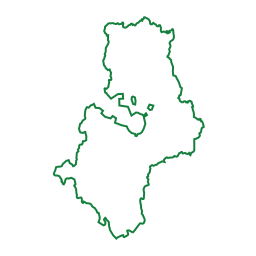 Moskovskaya, Robinson projection, rotated 88°
{"feature_id": "RUS-2364", "entity_name": "Moskovskaya", "entity_type": "Region", "adm_level": 1, "iso_a3": "RUS", "parent_name": "Russia", "parent_adm1": "", "projection": "robinson", "projection_center": [37.527, 55.599], "detail": "fine", "context": "isolated", "style": "outline", "palette": "green", "viewbox_px": 256, "rotation_deg": 88, "n_neighbors": 0, "source": "natural_earth", "source_scale": "10m", "svg_char_len": 5827}
<svg xmlns="http://www.w3.org/2000/svg" viewBox="0 0 256 256"><g transform="rotate(88 128 128)"><path d="M79.9,145.5L79.4,145.3L79.3,144.5L79.4,143.5L79.0,143.0L77.1,143.0L75.7,143.7L72.2,143.0L70.6,143.8L68.9,144.2L68.9,144.6L69.4,146.2L67.9,147.4L67.6,148.1L65.7,148.7L64.7,149.7L64.0,149.9L59.7,150.4L59.2,150.3L58.0,149.3L56.3,149.0L55.3,148.3L54.8,148.2L53.5,148.7L50.9,147.6L47.3,147.4L42.9,144.7L40.8,144.3L39.4,145.0L34.7,144.6L35.1,145.7L34.9,146.0L33.3,146.3L32.3,147.6L30.2,148.4L27.5,147.5L26.0,147.4L23.0,144.1L22.6,142.7L22.9,142.0L22.6,139.9L23.7,136.4L23.6,135.8L22.9,134.9L23.2,134.2L23.9,133.6L24.0,132.9L23.8,131.2L23.2,130.4L22.4,129.9L22.4,129.6L22.7,129.2L23.3,129.0L25.2,129.4L26.7,129.4L27.4,128.5L27.6,126.8L26.3,124.6L25.5,124.0L25.0,122.3L24.0,121.5L23.9,120.9L24.0,120.3L25.2,119.9L24.8,118.8L25.7,117.6L25.7,117.1L23.8,115.7L23.4,114.7L22.8,113.6L21.2,112.1L21.1,111.2L21.3,110.0L20.9,109.9L20.2,110.5L19.8,110.4L19.8,109.1L19.5,108.6L18.0,108.1L17.9,107.4L19.7,104.1L20.5,103.3L22.3,102.3L24.4,102.2L25.0,101.8L25.3,100.6L24.0,99.4L23.8,99.0L24.9,97.9L25.5,96.6L26.9,95.8L27.3,95.3L27.4,94.2L26.3,93.3L26.6,92.3L29.1,91.6L31.8,91.8L33.0,91.4L33.4,91.0L32.8,89.2L33.7,87.1L33.5,86.5L32.6,86.2L32.5,85.8L32.8,85.2L33.2,85.0L34.4,85.6L34.7,85.5L34.8,84.9L33.9,83.0L32.9,83.6L32.6,83.5L31.9,81.3L30.8,80.3L31.0,79.7L31.6,79.5L39.0,78.9L40.3,79.4L41.5,80.2L42.9,82.5L44.1,83.3L44.9,83.5L46.2,82.9L47.8,82.7L48.5,82.9L50.6,84.1L53.2,83.6L56.8,85.1L57.7,86.1L58.5,86.0L59.4,84.3L60.5,83.9L61.2,82.8L61.8,82.5L63.6,82.5L68.6,80.8L73.0,81.2L77.0,80.9L77.7,78.8L78.2,78.2L79.6,77.8L83.7,75.7L88.9,74.2L89.9,72.9L90.2,72.8L96.8,74.2L97.1,74.5L97.0,75.2L97.3,75.6L98.7,75.9L99.5,76.6L100.0,76.6L100.5,75.6L102.3,75.3L102.9,75.0L104.1,73.2L104.2,72.2L103.3,71.1L103.3,70.3L103.5,69.8L104.5,69.0L104.4,68.6L103.9,68.1L104.6,67.7L104.7,67.4L102.9,65.8L103.2,64.6L104.4,63.4L104.8,63.6L108.5,62.2L108.9,62.2L109.4,63.3L110.6,62.7L112.3,62.6L114.0,61.9L117.0,61.6L118.8,61.8L119.4,61.7L120.1,60.1L122.0,57.9L121.7,57.4L122.2,56.8L122.2,56.4L121.4,55.7L121.8,55.0L123.4,55.1L123.8,54.8L123.7,54.2L124.1,53.7L126.2,52.9L129.1,52.3L129.8,52.4L130.3,53.9L130.9,54.4L134.6,55.2L135.2,55.6L135.4,56.3L135.8,56.8L136.4,56.9L137.7,56.4L138.5,56.6L140.0,57.8L140.4,59.0L141.1,60.1L141.2,61.6L141.6,62.2L152.2,62.5L153.2,62.8L154.3,63.9L155.1,65.8L157.3,66.6L156.9,67.1L155.1,67.9L155.9,68.8L156.1,69.8L154.9,71.9L155.4,74.0L155.1,74.4L154.0,74.9L153.8,75.6L154.6,76.5L155.1,77.8L157.6,79.2L158.2,79.9L158.3,80.8L157.6,82.7L158.5,83.4L159.0,84.4L159.0,87.1L159.3,89.0L159.3,89.3L158.7,90.1L158.7,90.5L159.5,91.7L161.0,93.1L161.7,93.3L163.2,92.7L162.6,94.7L162.6,95.3L163.2,96.3L164.0,98.7L165.7,100.6L165.8,101.7L166.6,103.6L166.6,104.0L165.9,105.2L167.3,107.3L167.6,107.5L169.3,107.0L171.4,107.6L173.0,107.8L175.2,109.6L177.0,109.5L177.8,110.7L178.7,110.4L179.9,109.4L182.5,110.0L184.7,109.3L185.5,109.3L186.0,110.3L186.2,111.7L187.2,113.4L189.2,114.4L190.3,114.6L193.3,114.1L199.1,114.7L199.5,115.2L199.5,115.8L198.7,117.3L199.0,117.7L200.6,118.4L201.9,118.2L203.6,118.3L205.0,117.8L209.2,117.6L211.5,116.8L214.0,117.3L214.6,117.0L215.3,116.3L219.7,114.6L220.8,114.5L222.3,114.9L223.5,115.6L224.0,116.2L224.1,116.8L223.7,119.2L224.3,119.9L231.4,125.6L232.4,126.7L232.3,127.3L230.4,130.4L230.4,132.0L230.8,132.4L234.0,131.5L234.8,131.8L235.1,132.1L236.8,135.2L236.9,135.7L236.6,136.2L234.9,136.6L235.2,138.1L237.1,142.5L238.1,143.5L234.8,146.5L229.6,149.4L225.6,150.3L221.5,150.5L220.6,151.0L219.0,152.6L216.9,153.7L216.9,153.8L217.9,154.7L218.9,155.2L221.3,153.9L223.0,154.0L224.1,154.8L224.4,155.9L221.1,160.8L218.6,159.7L216.6,159.4L215.4,159.5L211.8,160.3L211.7,161.2L211.4,161.7L209.3,162.4L206.9,164.0L205.4,166.2L202.9,167.7L202.1,169.0L201.7,172.1L199.9,174.8L200.1,175.1L201.3,175.6L201.1,176.1L200.0,176.7L197.2,176.6L196.0,177.1L195.8,177.9L196.3,180.2L196.2,180.9L195.8,181.4L195.1,181.6L193.0,181.4L191.7,181.8L187.3,182.0L184.9,183.0L183.9,183.8L183.3,183.6L182.6,182.5L182.1,182.4L177.6,183.3L175.9,186.1L175.8,186.7L176.5,189.0L176.2,190.4L176.4,191.2L177.0,192.1L180.7,193.3L182.1,194.2L182.0,194.6L181.6,195.0L180.2,195.4L179.3,196.4L178.7,196.3L178.5,195.9L178.0,196.0L175.8,196.9L175.5,197.4L174.1,198.0L173.5,198.8L173.1,200.1L172.9,202.4L172.4,203.2L171.4,203.7L169.7,203.2L167.8,202.2L164.6,201.2L164.3,199.9L164.2,196.9L163.8,195.5L161.8,194.5L158.6,190.7L158.4,189.4L158.1,188.7L158.1,188.3L160.9,187.5L162.7,184.9L164.3,184.2L164.2,183.6L163.2,182.2L162.2,181.3L158.8,180.9L157.5,180.2L156.5,180.6L151.1,180.0L150.7,179.8L149.6,178.4L147.8,178.8L146.6,177.8L146.1,177.5L144.4,177.5L143.6,177.2L142.9,176.5L143.0,174.9L142.6,174.4L141.3,173.8L139.7,173.6L139.6,171.8L138.7,170.2L134.5,169.9L132.4,170.6L130.7,170.7L130.4,170.9L130.4,171.5L131.1,172.5L131.3,173.1L130.8,175.7L130.0,176.2L127.0,177.0L122.0,175.6L121.7,174.6L119.3,173.2L118.5,172.3L117.7,170.8L117.1,170.3L116.4,170.3L114.3,170.8L108.8,170.0L106.2,168.7L105.7,168.2L106.2,167.1L106.2,166.4L104.1,164.5L103.8,163.2L102.7,161.2L106.7,159.7L107.0,156.0L109.9,152.4L112.4,154.1L116.1,150.4L117.8,145.1L115.5,142.9L117.8,139.6L122.3,140.8L125.0,134.3L126.4,129.1L128.0,128.6L130.7,127.1L133.1,124.6L134.3,120.9L136.0,121.0L136.4,119.7L134.4,118.4L133.9,115.9L132.5,114.2L129.3,112.3L124.3,110.5L117.6,111.8L115.7,108.6L114.0,109.5L116.4,112.0L115.1,113.2L114.4,115.3L113.1,117.4L112.8,119.4L115.7,124.1L106.8,127.3L105.2,135.8L98.6,135.8L98.5,131.8L93.7,132.0L93.8,137.0L98.1,143.9L93.3,147.9L92.3,148.3L91.7,149.6L88.1,150.1L87.6,149.7L88.1,148.5L88.0,148.1L86.6,146.5L85.7,146.0L83.9,145.8L81.7,145.1L79.9,145.5ZM99.5,123.5L104.3,122.0L104.8,120.0L101.1,119.5L97.7,120.0L96.7,121.9L97.2,122.9L99.5,123.5ZM108.7,107.4L110.8,105.4L110.4,103.5L106.5,101.9L105.4,105.7L108.7,107.4Z" fill="none" stroke="#15803d" stroke-width="2"/></g></svg>